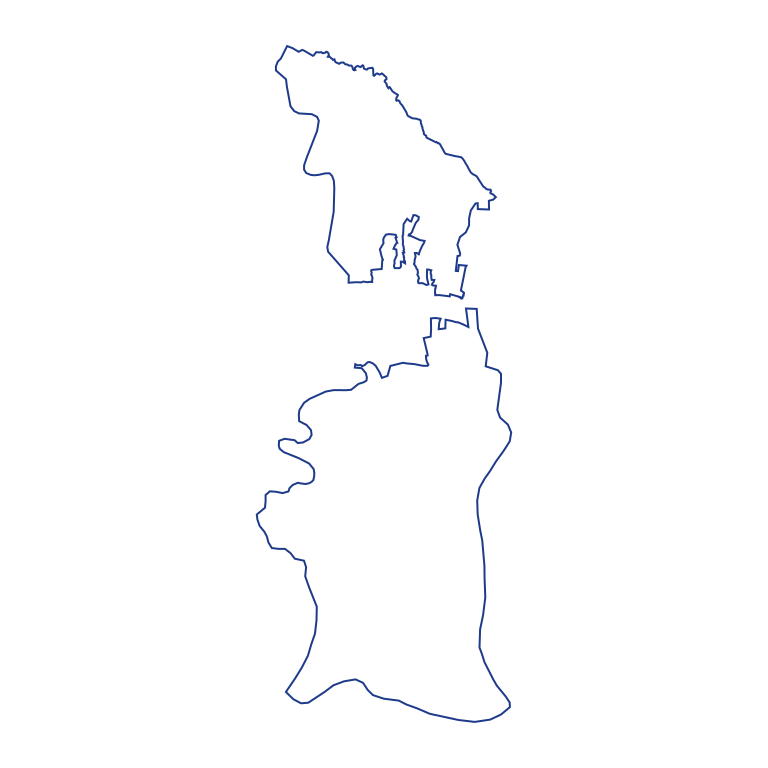 Alamudun, Chuy, Kyrgyzstan
{"feature_id": "92254566B67186126103124", "entity_name": "Alamudun", "entity_type": "district", "adm_level": 2, "iso_a3": "KGZ", "parent_name": "Kyrgyzstan", "parent_adm1": "Chuy", "projection": "equal_earth", "projection_center": [74.606, 42.781], "detail": "fine", "context": "isolated", "style": "outline", "palette": "blue", "viewbox_px": 768, "rotation_deg": 0, "n_neighbors": 0, "source": "geoboundaries", "source_scale": "gbopen_adm2", "svg_char_len": 6043}
<svg xmlns="http://www.w3.org/2000/svg" viewBox="0 0 768 768"><path d="M476.7,308.9L466.0,308.5L468.4,327.0L462.9,324.3L457.7,322.2L456.3,322.3L452.4,321.1L445.6,319.7L445.3,328.4L438.7,329.2L439.1,323.7L439.6,321.5L440.6,318.7L435.5,318.0L430.9,318.4L431.1,329.1L430.7,336.6L423.7,338.1L427.4,353.5L427.6,355.5L426.0,355.8L426.1,358.8L427.0,362.0L428.4,364.8L427.6,365.8L422.9,365.8L414.3,364.1L407.3,363.5L403.0,362.8L390.4,365.9L387.5,375.9L381.9,377.8L379.7,372.5L376.1,366.5L375.4,365.5L372.8,363.4L369.6,362.0L367.6,362.3L364.8,365.0L362.6,366.0L361.8,366.0L360.7,365.0L357.8,365.3L355.3,364.2L354.8,367.6L361.8,368.2L365.8,373.2L366.9,377.4L366.5,380.5L363.9,382.2L358.5,383.9L351.1,389.8L345.9,390.2L333.7,390.1L325.6,391.6L309.5,398.9L304.0,402.9L299.4,410.1L298.8,414.8L299.2,421.2L306.6,425.0L311.0,430.2L311.6,435.0L309.3,439.1L303.0,442.5L297.7,443.0L294.6,440.2L284.6,438.8L279.1,440.8L278.8,445.7L279.7,448.8L283.9,452.2L298.8,458.2L309.1,463.5L313.6,469.0L314.3,472.8L314.2,476.0L313.4,480.0L311.7,481.8L309.3,483.2L305.6,484.0L301.3,483.5L297.8,482.8L292.6,485.0L289.5,488.2L288.4,491.5L282.5,493.1L276.2,491.8L269.9,491.3L265.6,495.0L265.6,500.9L265.0,507.7L256.8,514.5L257.4,519.5L259.6,525.9L264.4,531.8L266.9,536.5L268.4,542.4L271.8,548.0L278.5,548.9L285.0,548.9L290.5,553.1L294.8,558.7L304.0,560.7L306.1,567.2L305.2,576.3L309.2,587.6L316.8,606.7L316.5,620.3L315.0,633.6L311.3,644.3L307.9,655.8L301.8,667.6L295.0,678.6L285.9,692.0L293.5,699.3L301.1,703.3L308.3,702.7L324.5,692.0L333.4,685.3L344.1,681.3L355.6,679.4L363.0,682.8L367.7,689.9L372.9,695.1L383.8,698.7L398.8,700.6L406.4,704.5L417.0,708.3L429.8,713.8L458.5,720.0L474.8,721.9L490.2,719.6L501.2,714.4L509.9,707.1L509.7,702.5L505.8,696.6L496.8,685.6L493.2,679.3L484.5,662.2L482.0,654.2L479.5,647.5L480.1,629.4L483.1,615.0L485.3,597.4L484.6,579.1L484.4,565.3L482.2,540.1L480.3,530.9L477.7,514.7L477.2,500.5L479.4,488.0L484.8,478.4L489.8,471.4L496.0,461.4L503.8,450.6L509.7,441.4L511.2,432.5L507.9,424.6L500.1,417.6L497.3,409.9L501.0,382.7L501.0,373.9L497.9,370.2L485.7,366.3L487.3,352.8L478.0,328.6L476.7,308.9ZM495.8,197.1L493.0,194.4L490.4,193.2L490.3,192.6L491.1,191.0L490.5,189.7L487.5,189.5L486.1,188.8L485.2,187.8L483.3,186.6L476.8,176.5L476.1,175.9L473.2,174.4L470.9,172.6L468.6,168.7L467.3,166.0L465.6,163.4L464.3,160.9L462.4,158.3L460.9,157.1L455.0,156.1L445.6,153.8L444.9,153.1L440.0,144.2L438.3,142.9L437.9,143.2L436.3,142.0L435.7,142.2L426.7,137.7L426.4,137.3L426.2,135.7L424.9,135.0L423.9,134.1L423.8,132.3L422.6,129.0L422.3,126.9L421.9,126.2L420.8,122.6L420.8,120.9L420.6,120.4L419.6,119.6L418.0,119.4L416.9,118.8L412.4,118.3L408.2,116.1L407.5,115.4L406.4,112.3L402.2,105.3L400.7,103.8L399.8,102.3L399.4,101.0L398.0,100.3L396.7,100.8L396.2,100.3L396.2,98.8L396.7,97.3L397.8,95.6L397.9,94.9L394.3,92.7L392.3,91.1L389.8,87.2L389.4,87.1L388.4,88.2L387.6,87.0L386.9,85.7L386.5,83.8L384.6,81.3L384.9,80.4L386.5,79.1L386.4,77.7L386.1,77.1L381.9,73.4L379.6,74.6L377.2,73.4L376.2,73.8L374.2,75.8L373.8,75.7L373.4,75.4L373.1,68.9L372.4,67.8L368.0,68.4L367.0,69.5L366.0,69.5L363.9,68.5L363.3,65.6L362.7,65.3L361.7,65.9L360.8,67.0L360.4,67.1L357.6,65.9L356.2,66.6L354.9,67.8L354.9,69.0L355.4,70.0L354.5,70.3L353.5,70.0L352.9,69.1L352.3,66.8L351.8,66.0L350.9,65.5L349.4,65.7L346.9,64.4L345.3,64.3L343.5,62.5L341.6,62.5L340.2,62.9L339.2,63.8L336.2,62.5L335.0,61.5L334.5,59.4L333.0,59.9L332.4,58.9L331.3,58.4L329.8,56.8L327.9,56.7L328.9,55.0L328.5,53.6L327.9,52.6L327.1,51.9L326.2,51.8L325.3,52.7L323.1,53.2L322.5,53.1L321.4,52.2L319.5,52.4L316.2,52.2L313.5,55.6L312.9,55.8L304.0,50.6L302.2,49.9L298.6,51.8L292.7,48.2L287.1,46.1L280.9,58.5L277.7,61.7L275.9,66.5L276.0,70.5L286.0,79.3L286.9,86.7L290.5,106.3L294.2,111.1L298.9,113.4L311.9,114.2L317.1,116.9L318.8,120.7L317.1,130.9L306.8,157.4L304.1,165.3L304.1,169.7L306.2,173.0L310.5,174.8L314.3,175.3L318.9,174.8L325.5,173.3L329.6,173.3L332.2,176.1L333.9,181.0L334.3,188.2L333.7,211.7L328.8,240.3L327.3,247.0L328.1,251.7L348.8,275.3L348.6,282.7L356.5,282.2L361.3,282.4L363.2,281.6L367.6,282.2L370.5,281.8L372.2,282.0L372.1,280.4L372.5,277.9L371.7,275.3L371.2,274.7L371.7,272.6L371.1,271.0L371.6,269.9L381.7,269.0L382.3,260.0L382.9,259.8L381.6,256.5L379.9,249.2L383.5,243.3L383.2,239.8L383.8,237.7L386.0,234.6L389.3,234.1L395.7,234.8L396.6,237.2L395.5,237.6L397.1,242.5L396.8,242.4L395.7,244.6L395.2,245.0L393.5,248.8L396.3,249.5L396.8,255.2L394.4,260.6L394.6,263.5L394.2,264.5L394.0,266.4L394.7,268.1L399.6,268.1L401.0,266.6L400.8,261.6L402.5,261.8L405.1,263.3L405.0,261.8L404.5,261.8L404.6,261.1L404.1,261.1L404.1,257.3L403.7,257.1L403.8,256.0L402.8,253.0L404.3,252.6L404.1,251.6L403.4,250.8L404.0,249.6L403.6,247.8L403.7,246.9L402.8,244.6L403.0,241.5L402.6,236.5L402.8,235.2L403.1,235.0L403.6,224.1L407.1,218.8L409.8,221.1L411.2,221.5L413.4,215.1L415.8,215.3L418.8,217.0L418.5,219.6L415.6,223.1L412.5,230.5L412.2,231.8L410.4,234.0L409.1,234.3L408.6,235.5L411.2,236.1L420.0,240.1L424.6,240.9L424.1,242.7L422.2,245.8L419.8,251.1L418.8,254.3L416.8,253.0L414.9,253.0L415.6,256.5L414.6,260.2L414.5,263.0L414.0,263.7L414.0,264.2L415.6,266.3L416.7,268.9L417.7,270.1L417.9,273.3L417.4,274.3L417.6,275.3L418.4,276.4L419.0,278.4L418.2,280.0L418.3,281.0L418.0,281.3L418.3,282.9L419.7,283.3L422.5,283.1L426.5,285.0L428.5,284.4L427.2,279.1L426.9,276.8L427.1,269.5L428.3,269.5L431.3,270.3L430.8,271.4L430.7,273.7L431.3,275.0L431.3,277.8L431.7,279.9L434.3,280.0L433.6,282.1L432.6,283.1L431.9,284.8L433.1,285.5L436.0,285.7L435.5,288.4L435.2,288.5L435.0,292.5L435.1,294.0L435.4,294.1L435.3,295.2L439.6,295.1L449.8,296.4L450.1,294.2L458.9,296.7L459.2,296.9L459.1,297.1L460.3,297.5L460.4,297.2L460.7,297.3L460.7,297.5L461.1,297.7L461.0,298.4L461.3,298.5L461.5,297.9L462.4,298.2L463.2,295.1L463.6,295.3L464.0,292.7L460.9,290.5L465.6,267.2L466.5,265.7L458.9,265.0L458.0,271.1L455.8,270.9L457.5,256.0L459.8,255.6L460.2,253.5L457.4,244.8L460.0,237.0L465.8,232.4L469.1,225.4L469.1,218.4L470.8,210.5L475.5,203.5L477.7,203.2L477.8,209.1L489.0,209.5L488.9,200.8L493.3,199.6L495.8,197.1Z" fill="none" stroke="#1e3a8a" stroke-width="2"/></svg>